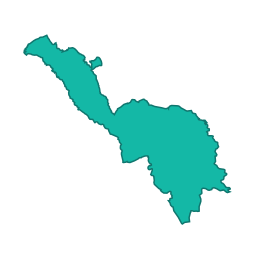 Ilamatlán, Veracruz, Mexico, rotated 83°
{"feature_id": "50627088B4244668772523", "entity_name": "Ilamatlán", "entity_type": "district", "adm_level": 2, "iso_a3": "MEX", "parent_name": "Mexico", "parent_adm1": "Veracruz", "projection": "albers", "projection_center": [-98.447, 20.764], "detail": "fine", "context": "isolated", "style": "filled", "palette": "teal", "viewbox_px": 256, "rotation_deg": 83, "n_neighbors": 0, "source": "geoboundaries", "source_scale": "gbopen_adm2", "svg_char_len": 5808}
<svg xmlns="http://www.w3.org/2000/svg" viewBox="0 0 256 256"><g transform="rotate(83 128 128)"><path d="M41.6,173.2L41.7,176.4L41.3,177.0L43.0,178.1L43.1,178.3L42.9,179.1L43.2,179.3L43.4,178.2L44.4,183.8L43.4,183.0L42.6,183.6L42.9,184.7L42.7,185.6L40.9,186.8L40.6,187.2L40.6,188.3L39.9,188.9L36.4,188.8L35.7,189.2L34.7,189.2L35.1,190.3L35.9,190.7L36.0,191.5L35.9,192.4L34.9,193.5L34.1,193.6L33.3,194.3L31.3,195.3L30.4,195.5L29.3,196.3L26.1,197.3L27.4,201.5L27.3,203.9L27.5,204.6L28.3,205.6L28.9,208.6L29.9,210.9L32.4,215.2L32.6,216.6L33.7,217.4L34.2,217.3L34.7,218.2L35.5,218.2L36.7,220.2L37.5,219.7L37.8,219.9L37.5,220.2L37.6,220.6L38.0,220.8L38.2,221.4L39.2,221.5L39.9,220.3L40.3,221.4L40.7,221.2L40.2,221.9L40.6,222.0L42.2,220.9L43.2,219.8L42.3,219.1L42.1,217.7L42.8,215.3L43.6,214.2L44.3,212.0L44.4,209.8L46.4,207.1L46.5,206.5L47.4,205.8L47.8,204.3L51.1,204.1L53.0,202.6L54.4,202.5L54.5,201.7L55.0,201.0L55.8,201.2L55.6,199.6L56.0,198.3L56.7,197.5L58.1,197.2L58.6,196.5L59.5,196.1L59.7,195.4L60.1,195.3L60.6,195.4L61.7,196.6L61.9,196.6L62.9,195.5L62.5,194.9L64.4,194.1L63.8,193.3L64.1,193.0L65.3,192.6L66.4,192.8L67.2,192.4L68.6,192.5L69.3,191.6L69.3,191.4L68.8,191.0L69.0,190.6L70.0,190.5L71.4,189.5L71.8,188.9L72.0,187.6L73.8,187.0L74.7,186.2L75.6,186.3L77.6,185.5L79.0,185.5L79.0,185.2L79.7,184.6L81.9,184.2L83.8,181.9L85.7,182.6L88.0,182.6L90.3,181.6L91.1,181.9L93.0,179.2L94.7,179.4L96.3,177.8L97.5,178.4L98.6,178.0L99.8,176.0L100.8,175.9L102.1,174.3L103.2,175.4L103.9,175.1L103.8,174.4L104.1,173.5L106.6,171.0L107.7,169.7L108.9,168.7L109.3,167.8L111.3,166.2L113.5,165.5L114.7,164.7L115.2,161.9L118.6,160.4L118.7,160.1L118.0,159.1L118.1,158.1L118.6,157.4L119.9,156.8L120.4,156.2L121.4,154.3L121.1,152.9L121.5,152.3L122.1,151.7L123.3,151.6L125.3,150.6L125.9,149.7L126.5,147.9L126.9,147.5L128.2,147.5L131.9,146.3L132.3,145.0L135.3,139.9L136.1,139.0L136.6,138.7L137.8,139.4L139.2,138.1L140.8,138.2L143.5,136.6L144.7,137.6L146.7,138.0L147.7,138.0L148.9,137.2L149.2,136.8L149.6,136.7L150.7,136.8L151.8,137.5L153.6,137.7L160.0,137.0L161.5,137.2L161.8,136.3L161.6,135.5L161.7,134.2L161.1,133.0L162.0,132.4L162.5,130.2L161.3,125.5L159.8,121.6L158.9,120.3L159.1,118.5L158.6,117.8L157.9,114.8L157.9,113.5L158.2,111.7L158.6,111.5L159.2,111.7L159.3,111.3L160.0,111.2L163.0,111.8L165.2,111.1L166.3,110.0L166.3,109.7L166.9,109.3L167.7,109.3L168.2,110.4L167.8,111.0L168.2,111.8L169.3,112.9L170.7,113.0L171.6,112.6L172.0,111.4L171.3,109.6L171.6,108.9L173.0,109.1L177.0,111.1L177.9,110.4L178.3,108.9L179.3,108.3L183.3,108.3L185.2,108.9L187.1,108.7L191.9,104.7L192.3,103.8L193.6,103.3L193.5,102.8L194.3,103.0L195.0,102.6L196.9,100.4L197.4,97.2L196.5,95.8L196.0,94.5L196.0,94.1L196.4,93.3L197.0,93.2L198.7,93.5L200.6,92.5L201.0,92.8L202.8,92.6L203.0,92.8L203.2,94.9L204.9,95.4L205.2,95.9L205.1,96.7L207.5,95.4L209.7,95.1L211.5,93.8L211.9,92.9L215.8,92.6L222.6,89.0L229.3,86.4L229.9,85.7L228.6,83.3L228.5,78.3L224.5,78.3L220.0,76.6L219.0,75.9L218.0,75.8L217.8,75.5L218.0,74.3L218.7,72.8L218.8,70.2L219.3,68.9L219.2,67.5L214.7,67.0L209.8,64.7L208.4,64.5L207.3,64.4L203.4,65.3L202.0,62.8L201.2,62.6L198.3,62.5L197.4,62.0L197.0,61.4L197.0,60.4L197.6,58.3L199.3,56.2L199.7,55.0L199.3,52.4L198.1,51.8L197.8,50.5L197.9,49.6L199.2,47.2L201.2,44.7L201.5,43.9L201.2,41.1L201.4,40.3L203.6,38.2L204.2,37.1L203.7,34.7L203.0,35.8L201.7,36.4L201.3,35.9L201.1,34.1L200.4,34.0L199.5,34.8L199.3,36.7L198.6,38.1L195.7,39.6L194.5,40.6L193.8,41.9L193.0,42.2L191.4,42.2L190.8,39.7L190.2,39.2L187.8,38.6L186.5,36.0L185.7,35.6L185.1,35.9L184.5,37.0L183.8,37.5L182.4,37.0L181.2,37.1L180.7,38.0L179.5,42.4L178.1,43.8L176.0,44.5L174.4,46.6L173.8,46.8L171.9,45.2L166.6,45.0L166.5,43.6L165.2,43.1L162.1,44.5L161.7,44.4L159.5,43.2L159.2,41.8L158.4,41.3L157.7,40.4L154.9,41.0L153.7,40.7L153.0,41.1L152.6,42.3L151.3,43.7L150.3,43.8L148.6,45.0L147.8,45.2L146.9,44.5L146.3,44.7L145.9,45.9L145.6,48.5L145.2,49.4L144.3,49.8L142.7,49.4L141.4,50.3L140.8,49.2L140.5,47.7L139.4,47.5L138.6,47.6L138.0,48.9L137.3,49.3L136.8,49.3L136.0,48.7L134.8,48.6L133.6,49.8L134.0,50.4L132.9,51.2L132.3,51.0L132.3,49.1L129.7,50.7L129.6,51.6L130.6,51.3L129.8,52.4L129.0,54.5L128.6,56.2L128.2,56.9L127.8,57.0L127.9,56.5L127.4,56.1L127.0,56.8L123.8,58.9L122.8,58.9L122.1,59.3L121.2,61.8L120.6,62.3L118.4,63.0L118.4,67.0L118.1,68.0L115.2,71.9L115.0,72.6L114.3,73.0L112.4,74.9L112.0,76.3L111.0,81.9L111.3,83.6L112.5,84.9L112.5,85.3L113.6,85.5L113.0,85.8L113.5,87.8L113.2,89.2L112.0,92.2L109.9,98.9L108.2,102.0L107.8,104.5L107.4,104.7L106.5,104.5L105.4,105.1L105.1,105.6L103.8,105.8L101.9,108.3L101.4,108.6L101.4,109.6L102.4,113.0L102.7,113.8L103.8,114.3L102.4,116.9L100.8,117.9L100.3,120.3L100.5,120.8L102.8,122.5L103.8,125.2L103.3,125.4L104.1,129.2L106.4,132.7L107.7,136.0L108.8,136.4L109.9,137.6L113.1,139.9L111.8,140.9L111.8,141.3L110.5,142.5L110.1,142.7L109.7,142.3L109.0,142.5L108.5,142.9L107.0,143.3L106.3,144.0L104.7,143.9L102.5,145.1L101.4,144.4L100.1,145.1L97.6,144.7L95.8,146.0L95.0,145.8L93.9,146.7L93.4,148.0L92.6,148.4L92.1,149.6L90.3,151.4L89.2,151.1L88.6,151.6L87.4,151.4L85.0,151.5L83.6,152.0L82.5,151.8L81.4,152.3L80.7,152.1L76.4,153.2L76.2,153.6L72.3,153.3L70.1,155.3L69.3,155.8L68.4,155.7L67.1,156.7L66.4,157.6L65.9,157.5L65.5,156.4L65.3,155.2L63.2,152.2L63.3,151.2L62.6,149.4L62.4,148.6L62.8,147.1L62.5,146.5L60.6,146.2L58.5,146.4L55.7,147.4L54.6,148.2L54.1,149.3L54.1,150.3L55.9,151.7L57.1,153.9L56.8,155.7L57.4,156.4L57.0,157.5L57.5,157.8L58.2,157.5L58.7,156.6L60.4,156.1L61.7,156.7L63.2,156.4L64.0,156.8L63.6,157.0L62.7,158.3L61.5,158.7L61.2,159.1L60.8,159.1L60.1,160.9L58.2,160.9L57.5,161.4L57.9,162.8L56.5,162.7L56.0,164.0L55.1,164.0L54.6,162.6L53.7,162.7L53.0,162.1L51.6,162.6L50.3,163.8L49.7,165.1L48.9,165.8L48.3,167.4L47.2,167.8L46.9,168.6L45.9,168.9L43.4,170.7L42.2,172.1L41.6,173.2Z" fill="#14b8a6" stroke="#0f766e" stroke-width="1.5"/></g></svg>